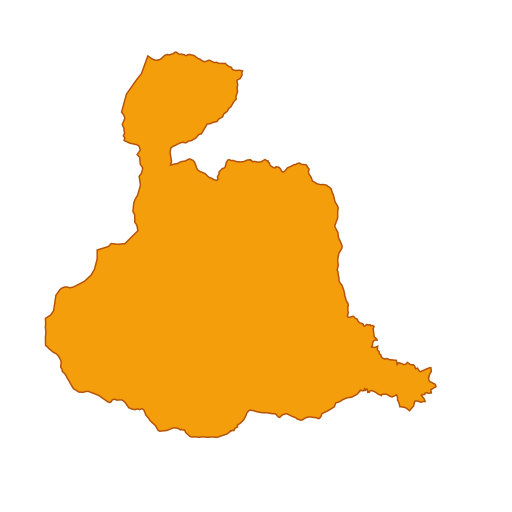 Bulzestii De Sus, Hunedoara, Romania, rotated 279°
{"feature_id": "2599482B39197296010274", "entity_name": "Bulzestii De Sus", "entity_type": "district", "adm_level": 2, "iso_a3": "ROU", "parent_name": "Romania", "parent_adm1": "Hunedoara", "projection": "mercator", "projection_center": [22.798, 46.285], "detail": "fine", "context": "isolated", "style": "filled", "palette": "amber", "viewbox_px": 512, "rotation_deg": 279, "n_neighbors": 0, "source": "geoboundaries", "source_scale": "gbopen_adm2", "svg_char_len": 6075}
<svg xmlns="http://www.w3.org/2000/svg" viewBox="0 0 512 512"><g transform="rotate(279 256 256)"><path d="M127.2,431.8L132.5,435.1L137.4,435.5L138.1,438.3L137.5,440.3L137.5,442.0L138.5,444.2L138.7,445.8L141.3,444.4L144.2,441.1L145.1,442.2L145.6,444.3L146.3,444.2L147.2,444.7L147.7,446.1L147.4,447.7L148.1,450.6L151.3,449.6L155.1,454.2L157.0,453.3L157.7,452.3L157.8,451.0L158.7,449.4L159.0,447.3L160.7,446.1L163.2,445.3L163.4,445.8L165.8,445.8L169.4,447.2L173.0,446.2L173.0,445.5L171.6,442.8L167.4,436.4L168.1,435.2L170.5,433.0L169.6,431.3L171.8,430.1L173.2,428.6L172.8,425.7L174.6,422.1L172.4,420.8L171.9,418.9L172.5,416.8L172.9,414.1L172.5,412.7L171.6,412.9L170.9,412.4L174.9,411.0L174.5,403.9L175.0,402.6L175.2,400.9L174.3,399.5L175.1,396.5L176.4,395.3L178.1,394.6L178.6,393.3L180.8,392.5L182.4,390.4L185.9,390.3L184.3,387.7L184.1,384.4L186.8,385.1L188.3,384.8L190.4,385.4L191.8,387.1L191.8,388.7L192.8,388.3L194.8,385.3L202.6,383.1L204.6,383.6L205.2,383.4L205.5,381.8L205.1,379.8L206.0,379.3L205.5,377.6L205.6,375.8L203.9,374.7L203.7,373.7L204.3,372.8L205.3,372.7L205.8,371.9L206.2,368.9L207.6,366.9L209.4,365.9L210.1,363.6L211.6,361.9L211.7,361.3L209.9,357.7L210.2,356.3L210.7,355.6L214.5,356.1L216.2,355.3L220.4,354.6L221.2,355.0L223.8,354.2L224.2,353.2L225.2,352.9L227.2,351.3L228.2,351.3L230.8,349.7L231.8,349.7L235.6,348.2L240.8,345.4L242.3,343.4L244.5,341.9L248.2,341.1L251.5,339.7L253.1,339.6L254.8,338.3L259.6,338.7L265.1,337.2L271.5,337.4L276.8,339.5L279.0,339.6L282.7,337.6L287.1,334.6L292.0,333.2L297.3,329.3L298.3,329.1L306.4,330.7L312.8,329.7L316.1,329.7L317.7,329.0L322.2,325.4L328.2,323.0L330.4,321.5L334.1,319.7L335.7,317.4L336.0,315.9L337.0,314.7L337.1,310.7L336.5,308.6L336.9,304.9L339.0,300.0L342.7,297.9L345.3,295.4L347.3,294.6L350.1,294.9L352.2,292.6L353.8,291.7L353.9,289.8L353.6,287.0L354.6,284.0L353.4,281.8L352.4,280.8L352.3,279.5L351.8,278.8L350.6,277.4L348.1,273.4L343.8,270.8L343.2,269.6L343.3,268.8L343.7,268.2L345.7,266.7L347.2,264.8L347.4,261.9L346.0,261.1L346.0,259.7L347.3,256.4L348.1,255.5L350.0,254.6L350.6,253.4L351.7,253.2L351.9,251.4L352.7,249.8L349.9,246.4L349.0,243.3L349.2,239.7L348.6,237.8L349.4,237.0L349.5,235.9L350.2,235.7L350.3,235.2L349.8,234.9L350.0,234.5L349.5,232.6L347.2,228.8L346.6,226.4L346.1,222.6L346.8,218.3L346.4,217.0L346.9,214.1L346.4,213.2L344.0,212.1L339.0,211.6L337.9,210.8L337.1,209.1L333.1,206.3L331.2,206.7L328.5,205.5L326.0,206.4L324.4,205.3L324.8,202.7L325.9,199.7L326.2,197.8L326.8,196.4L329.4,192.9L330.8,187.2L331.7,185.2L333.2,183.9L338.9,180.8L340.5,179.0L341.5,175.7L341.4,174.7L338.8,171.3L337.4,167.1L334.9,163.8L334.0,160.8L332.4,157.3L336.2,157.8L344.8,154.9L349.4,155.0L351.5,157.0L352.8,159.4L354.1,160.6L354.8,162.2L355.4,162.6L356.9,165.9L356.7,167.3L356.9,169.2L359.1,171.6L359.6,173.8L363.1,178.1L367.0,180.4L368.1,182.9L378.6,187.1L379.0,187.7L379.3,189.7L381.4,192.9L382.7,196.5L385.1,197.5L388.3,201.3L391.5,202.1L393.9,204.6L397.8,206.3L399.3,207.8L405.1,210.0L407.9,212.0L409.9,211.2L415.5,212.1L418.9,211.0L422.3,211.2L425.1,210.0L426.5,209.9L427.0,210.0L428.6,212.4L429.4,212.8L432.8,213.9L435.2,213.3L436.7,213.8L436.9,210.8L436.0,206.4L436.3,204.1L436.5,203.6L438.5,202.1L438.9,199.8L440.2,197.1L441.4,195.6L440.4,189.0L441.2,186.9L440.5,184.6L442.1,179.0L439.9,175.2L439.8,174.4L440.6,171.7L441.7,170.0L441.9,167.8L442.9,166.3L443.0,165.5L444.0,164.2L444.4,162.7L444.7,158.4L444.0,157.6L444.0,156.9L443.3,156.3L443.0,154.9L443.7,153.1L443.5,152.4L443.8,151.3L443.2,148.9L443.8,147.0L444.8,145.9L444.8,145.2L444.5,143.9L443.0,142.9L442.2,140.8L441.4,139.8L440.9,137.5L441.2,136.9L439.9,134.5L435.5,131.0L434.9,130.1L433.6,126.5L434.2,123.0L436.7,117.9L418.1,114.3L411.9,110.7L395.5,102.7L377.1,100.7L374.4,103.4L372.3,104.6L370.8,104.8L364.9,103.4L361.4,105.6L359.0,106.1L357.1,107.0L353.9,106.2L352.1,108.0L349.5,107.6L347.7,113.7L347.3,120.9L346.2,123.4L342.5,125.1L337.5,122.7L335.4,125.6L328.2,127.5L325.5,130.2L323.9,130.4L319.4,129.8L316.5,128.1L307.9,130.8L297.4,129.5L292.8,127.7L289.3,127.0L280.6,127.5L277.8,129.7L270.5,131.0L268.6,132.8L267.0,133.8L262.5,135.4L247.7,124.6L245.9,117.5L245.7,111.1L242.3,108.8L237.1,98.2L228.3,99.6L217.4,98.5L211.3,96.1L204.3,90.6L198.4,82.8L196.6,80.1L195.5,77.3L195.8,74.5L195.4,71.6L193.7,69.0L192.1,67.6L185.8,64.5L170.4,64.7L165.6,62.4L161.4,57.8L154.8,59.1L153.6,58.9L147.4,60.5L142.9,60.7L135.0,62.1L134.1,63.1L133.8,64.1L132.3,65.6L129.2,70.9L128.1,74.2L126.1,76.7L122.4,79.5L119.7,80.4L116.4,80.3L115.2,80.8L113.7,82.3L111.8,82.7L109.5,85.9L97.0,95.9L96.2,97.0L93.9,102.4L94.4,106.8L95.6,109.2L96.1,111.4L93.7,122.4L88.9,132.2L88.4,134.5L89.4,135.7L91.4,136.6L92.3,138.3L92.4,139.6L91.8,140.6L92.8,145.3L92.7,146.4L92.2,147.7L90.5,150.0L86.2,154.1L85.5,156.9L85.3,160.3L86.4,162.8L86.1,165.2L87.4,167.2L86.4,169.3L81.4,172.3L78.9,175.4L76.9,177.0L72.7,183.3L68.5,186.6L67.9,188.2L69.7,195.2L73.1,200.8L73.5,202.3L73.6,206.0L72.4,208.5L73.1,209.5L72.7,210.3L72.9,212.7L70.8,214.0L67.8,218.5L67.2,220.3L68.0,225.3L67.9,227.5L69.1,231.9L69.4,236.7L70.5,241.0L70.7,245.6L75.5,254.9L78.4,257.8L79.5,258.3L79.3,259.2L80.2,260.2L80.1,261.5L82.5,262.2L84.3,264.5L86.3,264.1L88.1,266.4L92.2,269.5L97.3,271.2L100.0,271.6L102.8,273.8L102.9,277.6L102.3,281.2L102.2,286.8L102.9,291.5L102.8,297.6L103.3,299.7L100.5,303.2L100.3,304.7L103.2,306.8L105.1,311.0L103.3,316.6L102.5,320.6L101.5,322.0L100.8,325.9L101.4,327.5L103.7,330.0L105.0,332.4L105.5,334.6L105.7,340.7L105.2,343.6L107.3,345.2L110.7,345.8L114.3,351.2L119.2,356.9L123.4,357.8L125.5,361.9L127.6,364.0L130.2,368.2L131.5,372.6L135.0,377.2L137.3,378.9L138.0,379.0L138.4,379.8L139.3,379.5L139.9,380.3L139.5,381.9L139.6,382.9L140.0,383.6L141.4,384.0L140.2,384.5L140.4,385.2L141.8,385.5L141.9,386.1L141.6,386.8L138.8,387.7L139.2,389.2L139.9,388.8L141.3,391.2L140.9,391.8L141.0,392.5L140.0,395.8L138.7,398.2L138.3,399.5L138.3,400.7L137.7,401.5L138.9,402.1L139.7,404.5L139.8,406.2L139.6,407.6L138.4,410.2L138.1,412.5L140.8,416.6L138.6,417.9L135.9,418.3L133.5,420.1L129.5,421.8L129.8,422.7L129.7,426.8L129.0,428.8L127.2,431.8Z" fill="#f59e0b" stroke="#b45309" stroke-width="1.5"/></g></svg>